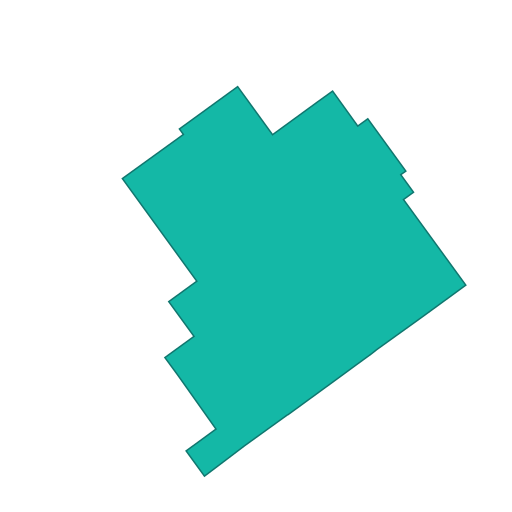 Fallon, Montana, United States of America (Robinson projection), rotated 54°
{"feature_id": "52423323B16116939849770", "entity_name": "Fallon", "entity_type": "district", "adm_level": 2, "iso_a3": "USA", "parent_name": "United States of America", "parent_adm1": "Montana", "projection": "robinson", "projection_center": [-104.352, 46.283], "detail": "fine", "context": "isolated", "style": "filled", "palette": "teal", "viewbox_px": 512, "rotation_deg": 54, "n_neighbors": 0, "source": "geoboundaries", "source_scale": "gbopen_adm2", "svg_char_len": 572}
<svg xmlns="http://www.w3.org/2000/svg" viewBox="0 0 512 512"><g transform="rotate(54 256 256)"><path d="M167.5,115.7L167.6,171.3L108.2,171.3L108.2,243.3L115.0,243.3L114.8,318.6L241.6,318.7L241.6,353.4L284.6,353.4L284.6,389.4L306.1,389.3L372.5,390.1L372.6,427.1L403.8,427.1L403.3,400.1L402.8,376.7L403.0,324.0L403.2,323.5L403.1,257.4L403.0,238.5L403.0,231.1L403.0,220.4L402.7,213.2L403.0,159.5L403.0,146.3L402.9,103.4L297.0,103.5L297.0,91.1L275.3,91.1L275.4,84.9L210.7,84.9L210.7,97.3L167.6,97.1L167.5,115.7Z" fill="#14b8a6" stroke="#0f766e" stroke-width="1.5"/></g></svg>